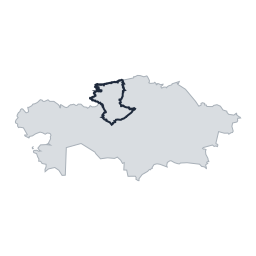 Qostanay highlighted on a map of Kazakhstan
{"feature_id": "KAZ-3196", "entity_name": "Qostanay", "entity_type": "Region", "adm_level": 1, "iso_a3": "KAZ", "parent_name": "Kazakhstan", "parent_adm1": "", "projection": "equal_earth", "projection_center": [62.901, 51.427], "detail": "fine", "context": "in_parent", "style": "outline", "palette": "slate", "viewbox_px": 256, "rotation_deg": 0, "n_neighbors": 0, "source": "natural_earth", "source_scale": "10m", "svg_char_len": 7892}
<svg xmlns="http://www.w3.org/2000/svg" viewBox="0 0 256 256"><path d="M152.4,168.2L151.1,168.8L150.4,169.8L149.4,169.5L147.6,171.4L142.2,174.5L139.0,178.7L139.0,180.6L138.1,180.6L135.9,179.2L136.2,177.5L135.2,176.2L128.0,176.3L126.7,170.1L123.8,170.0L124.2,162.6L122.5,163.4L120.7,160.2L117.3,157.1L114.6,158.4L107.5,157.8L100.5,158.8L95.8,153.7L94.9,152.1L81.1,143.5L66.3,147.6L65.3,175.2L62.1,175.4L58.9,170.3L54.8,167.5L48.5,168.9L45.1,171.7L45.0,169.3L46.1,166.8L46.1,164.3L42.1,163.5L40.6,161.3L38.7,161.2L38.9,158.9L37.7,156.9L36.6,153.6L33.8,152.6L33.4,151.6L33.7,150.7L34.4,150.4L36.9,150.3L38.7,151.3L40.8,151.0L39.5,150.4L37.9,148.1L40.5,144.9L46.2,144.6L50.6,145.1L48.3,143.4L50.6,138.8L50.3,136.8L51.0,135.3L50.5,134.0L49.6,133.3L47.2,133.0L45.2,134.2L42.4,132.7L40.0,132.1L35.6,133.8L32.4,135.9L29.4,136.4L29.4,137.2L29.0,137.0L28.5,137.4L28.6,137.8L25.2,136.1L24.7,135.5L24.8,134.9L26.9,135.1L27.3,134.6L23.4,127.8L19.7,127.2L18.6,127.6L17.6,126.1L17.7,124.1L15.5,122.8L15.4,121.7L16.0,120.0L18.1,117.6L17.0,116.1L17.2,115.1L18.4,112.7L19.9,111.6L20.5,109.7L21.6,108.8L22.7,109.0L25.8,112.6L26.3,112.8L28.1,112.1L28.6,111.5L27.8,107.4L28.8,107.4L31.8,105.7L32.9,104.1L34.7,103.8L37.4,102.5L40.3,99.7L42.2,100.2L43.1,101.4L44.6,101.4L48.0,99.8L49.8,101.4L53.9,101.4L58.1,104.4L59.5,106.2L59.7,107.6L60.2,107.9L60.7,107.0L60.3,105.1L60.8,104.6L64.6,107.0L66.3,107.6L68.4,106.7L68.9,105.8L70.9,104.6L71.6,104.8L73.7,104.2L76.0,105.5L77.2,105.2L78.2,104.1L81.0,104.2L83.8,106.8L86.9,107.3L87.3,108.2L88.9,107.6L90.2,105.7L92.2,106.9L95.0,106.8L97.5,105.6L98.6,103.1L98.4,102.5L97.4,101.7L92.5,100.2L92.1,99.4L90.2,98.3L92.4,97.0L93.7,96.8L95.5,95.6L94.3,93.3L95.8,91.3L100.8,91.5L101.4,91.1L101.0,90.4L99.1,89.6L96.6,89.2L96.5,88.8L96.8,88.1L98.5,87.6L98.1,87.2L96.9,87.4L95.5,86.9L96.9,84.3L100.6,84.8L114.0,81.9L116.4,81.8L117.3,82.2L118.1,81.0L119.3,80.3L123.2,80.1L133.3,78.0L133.8,77.5L133.6,76.8L135.2,76.6L137.5,75.4L140.2,75.6L143.9,76.8L146.8,75.9L147.7,77.1L149.4,80.5L149.3,82.0L148.8,82.7L149.1,83.0L150.4,83.4L153.9,83.1L154.8,82.3L156.0,83.6L156.3,84.8L157.1,84.5L156.9,83.8L157.2,83.6L158.7,83.7L160.5,84.7L163.0,84.2L162.9,84.9L161.0,86.4L161.0,87.1L161.7,88.1L164.0,87.0L165.9,87.2L166.7,87.8L167.1,86.8L169.1,85.6L171.1,85.1L171.9,84.6L172.1,83.8L179.3,81.5L178.5,83.5L177.3,83.4L177.7,84.3L185.5,89.3L195.5,101.3L198.8,106.2L201.1,105.1L201.0,103.4L202.5,102.7L204.7,103.4L204.6,104.9L206.3,105.0L206.9,106.5L212.5,106.6L213.8,105.4L217.0,104.7L220.4,106.2L223.0,110.0L226.8,111.2L227.0,112.4L228.6,114.3L233.9,115.1L236.3,113.2L236.7,113.8L236.3,114.7L237.4,115.2L238.6,116.6L240.0,117.1L240.6,118.0L237.8,118.3L237.5,119.1L237.7,120.8L236.9,122.0L232.6,123.0L231.9,126.4L233.2,131.1L232.5,132.5L231.1,132.7L228.8,134.2L228.0,133.1L224.3,133.2L218.6,131.6L215.9,143.2L216.0,143.7L217.7,144.4L217.8,145.4L217.4,146.6L215.9,146.0L214.1,146.4L212.5,145.0L203.5,147.5L202.5,148.4L203.3,149.1L204.7,149.0L206.1,149.7L205.5,150.9L205.8,154.3L207.9,158.3L208.2,160.2L208.9,161.3L208.8,161.7L208.0,161.5L206.7,162.2L206.8,162.7L207.7,163.5L205.9,164.5L205.7,165.3L206.5,168.3L206.3,168.6L204.5,166.9L201.6,166.4L199.6,164.2L187.1,162.7L180.5,163.0L179.4,163.9L177.8,163.7L174.6,162.7L171.0,160.7L169.5,161.0L167.3,162.5L166.7,165.6L167.2,167.0L160.0,164.3L157.0,163.8L154.1,164.5L152.1,167.5L152.4,168.2ZM33.2,148.6L32.7,148.8L32.2,148.0L32.4,147.2L32.9,147.0L32.4,147.9L33.2,148.6ZM47.7,144.5L47.2,144.4L47.0,144.1L47.6,143.8L47.7,144.5Z" fill="#d9dde1" stroke="#a8b0b8" stroke-width="1"/><path d="M121.9,80.4L122.6,80.3L123.3,82.5L122.7,82.7L123.0,83.0L123.7,83.2L124.1,83.8L122.8,84.2L122.3,84.5L122.4,85.1L122.7,85.7L123.0,85.7L123.4,86.1L123.3,86.8L122.9,87.2L123.1,87.8L123.8,87.9L124.0,88.7L124.0,89.4L124.3,89.8L124.8,90.2L124.3,90.4L123.2,90.6L122.9,91.0L122.9,91.3L123.1,91.4L123.3,91.8L123.3,92.1L123.2,92.6L122.8,92.9L122.7,94.0L122.7,95.1L122.6,96.6L122.2,97.0L121.9,97.7L121.7,98.6L120.9,99.3L119.8,99.5L119.5,99.5L119.4,99.9L120.3,100.4L120.6,100.9L120.5,101.6L120.4,101.9L120.3,102.1L120.5,102.3L120.3,102.4L120.1,102.6L119.8,102.9L120.1,103.1L120.0,103.5L121.0,104.9L121.1,106.1L121.8,106.1L122.3,105.5L122.9,105.4L123.4,105.7L123.6,106.1L123.8,106.3L124.3,106.3L124.7,106.7L125.2,107.0L127.2,107.5L128.8,107.3L129.4,107.7L129.4,108.3L129.2,108.6L129.4,108.9L130.0,109.3L130.7,109.0L131.4,108.7L132.8,108.6L133.7,108.4L134.1,108.1L134.3,108.2L134.5,108.4L135.1,108.8L134.8,109.3L134.2,109.8L132.6,110.2L132.3,110.3L132.3,110.6L132.3,110.9L132.4,111.1L132.4,111.4L131.1,112.8L127.6,115.5L127.1,116.1L126.5,116.3L126.2,117.0L125.6,117.2L123.7,118.6L122.7,118.8L121.9,119.1L121.4,119.6L120.2,119.8L117.7,119.5L115.9,119.8L115.3,121.1L114.6,121.1L114.7,121.3L114.6,121.7L114.9,122.2L114.2,122.4L113.0,122.9L113.0,123.6L111.7,124.7L109.9,122.4L106.4,120.8L106.6,120.1L106.4,119.6L105.8,119.5L105.3,119.7L104.4,119.5L103.2,118.3L102.8,117.5L102.3,117.3L102.9,117.1L103.4,117.0L102.4,115.5L102.3,115.2L102.5,115.0L103.3,115.0L103.0,114.4L103.3,113.8L103.8,113.4L104.1,112.6L104.7,112.3L105.3,112.5L105.8,112.3L105.7,111.5L104.6,110.1L103.7,108.6L103.2,106.9L102.7,106.9L102.5,106.4L102.9,105.7L102.1,105.1L102.2,104.6L102.4,104.4L101.7,103.9L101.0,104.2L100.6,103.8L100.5,103.4L100.4,103.0L100.2,102.7L99.8,102.8L98.9,102.9L98.6,102.8L98.5,102.7L98.3,102.5L98.1,101.9L97.8,101.7L97.6,101.6L97.4,101.5L97.1,101.6L96.8,101.5L96.7,101.5L96.3,101.5L96.2,101.5L96.0,101.4L95.7,101.4L95.5,101.2L95.3,101.1L95.2,101.1L95.1,100.9L95.1,100.6L92.8,100.4L92.7,100.4L92.7,100.2L92.1,100.1L92.0,99.9L92.3,99.8L92.4,99.7L92.5,99.5L92.6,99.4L92.5,99.2L91.5,99.0L91.0,98.7L90.8,98.6L90.7,98.7L90.7,98.8L90.4,98.8L90.3,98.7L90.0,98.3L90.0,98.2L90.1,97.9L91.2,97.9L92.0,97.2L92.4,97.0L92.8,96.8L93.1,96.8L93.4,96.9L93.7,96.9L94.0,96.7L94.2,96.4L94.3,96.3L94.8,96.2L95.2,95.9L95.3,95.8L95.5,95.7L95.3,95.1L95.3,94.7L95.2,94.6L94.6,94.4L94.5,94.2L94.5,93.9L94.5,93.7L94.1,93.6L93.9,93.4L93.8,93.1L93.9,92.9L94.1,92.8L94.4,92.7L94.6,92.6L94.8,92.4L95.9,91.6L95.4,91.3L95.8,91.3L96.0,91.2L96.4,91.0L96.6,91.0L96.8,91.1L97.1,91.2L97.3,91.2L97.6,91.1L97.8,91.0L98.0,91.0L98.6,91.4L98.8,91.4L99.0,91.4L99.4,91.3L99.9,91.2L100.1,91.3L100.5,91.5L101.1,91.4L101.3,91.3L101.4,91.1L101.5,90.8L101.5,90.7L101.4,90.3L101.2,90.3L100.0,90.1L99.7,90.0L99.3,89.7L99.1,89.5L98.5,89.7L98.3,89.7L98.1,89.7L97.6,89.3L97.4,89.3L96.9,89.3L96.7,89.2L96.4,88.9L96.3,88.6L96.4,88.4L96.7,88.2L96.8,87.8L96.9,87.7L97.0,87.7L97.2,87.8L97.5,88.1L97.8,88.2L98.2,87.9L98.3,87.8L98.6,87.7L98.4,87.3L98.4,87.2L97.7,87.2L97.3,87.5L97.1,87.5L96.4,87.3L96.1,87.1L95.9,87.0L95.1,87.0L95.0,86.9L95.1,86.7L95.7,86.9L95.8,86.7L95.9,86.4L96.0,86.4L96.3,86.1L96.7,85.8L96.7,85.6L96.2,85.4L96.0,85.2L95.6,85.2L95.5,84.9L96.0,84.7L96.4,84.8L96.6,85.0L96.8,85.1L96.8,84.9L96.8,84.7L96.7,84.5L96.7,84.3L97.0,84.3L97.3,84.0L97.9,84.1L98.1,84.4L98.6,84.5L98.6,84.8L98.8,84.8L98.9,84.7L99.4,84.5L99.6,84.6L99.8,84.4L100.0,84.5L100.1,84.8L100.4,84.9L101.0,84.9L101.0,84.3L103.1,84.3L103.3,84.3L103.3,84.5L103.1,84.6L103.0,84.8L103.4,85.0L103.6,85.2L103.7,85.3L103.8,85.3L103.8,85.2L103.8,84.9L104.1,84.6L103.9,84.5L103.9,84.3L104.0,84.1L104.3,84.0L104.5,83.9L105.0,83.9L105.3,83.8L105.6,83.9L106.2,83.8L106.7,83.9L106.8,83.8L106.9,83.7L106.8,83.4L107.1,83.3L107.4,83.3L108.0,83.4L108.3,83.3L108.6,83.1L108.8,83.1L109.1,83.1L110.0,82.8L110.3,82.9L110.8,83.1L111.0,83.2L111.4,83.0L111.6,82.9L111.5,82.6L111.4,82.5L111.4,82.4L111.6,82.3L111.8,82.4L112.0,82.3L112.3,82.4L112.5,82.3L112.7,82.2L112.9,82.2L113.0,82.2L113.3,82.2L113.8,82.1L114.0,82.0L114.4,82.0L114.6,81.9L115.0,82.2L115.3,82.2L115.7,82.1L116.0,81.9L116.3,81.8L116.7,81.9L117.1,82.3L117.3,82.4L117.6,82.3L117.8,82.4L117.9,82.2L117.8,81.5L117.9,81.3L117.8,81.2L118.6,80.7L119.1,80.8L119.2,80.6L119.1,80.4L119.3,80.3L119.8,80.3L120.6,80.5L120.9,80.4L121.0,80.2L121.3,79.9L121.7,79.8L121.8,79.9L121.9,80.3L121.9,80.4Z" fill="none" stroke="#1e293b" stroke-width="2"/></svg>